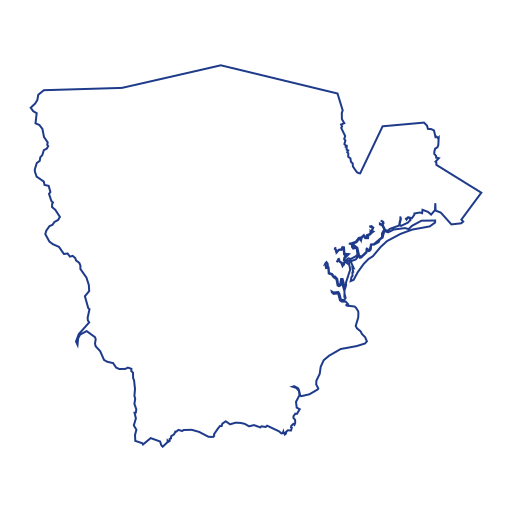 Tonosí, Los Santos, Panama
{"feature_id": "35544464B87180550672206", "entity_name": "Tonosí", "entity_type": "district", "adm_level": 2, "iso_a3": "PAN", "parent_name": "Panama", "parent_adm1": "Los Santos", "projection": "equal_earth", "projection_center": [-80.44, 7.396], "detail": "fine", "context": "isolated", "style": "outline", "palette": "blue", "viewbox_px": 512, "rotation_deg": 0, "n_neighbors": 0, "source": "geoboundaries", "source_scale": "gbopen_adm2", "svg_char_len": 6052}
<svg xmlns="http://www.w3.org/2000/svg" viewBox="0 0 512 512"><path d="M436.4,164.9L436.3,162.5L435.5,161.7L438.8,158.2L436.1,157.6L436.1,155.9L434.3,154.0L434.3,151.8L435.1,148.7L437.4,147.3L438.3,145.1L438.7,137.3L437.8,138.1L436.6,136.6L435.5,137.1L434.0,130.5L431.3,129.1L427.9,128.9L427.0,125.6L424.0,122.6L382.6,126.3L360.2,173.3L358.7,173.2L356.8,172.1L352.9,166.5L352.7,163.4L351.0,161.9L350.4,158.4L348.2,156.7L348.3,153.3L347.2,152.2L348.2,150.4L346.6,149.6L346.7,146.1L345.7,146.5L345.7,145.3L344.4,144.1L345.4,140.5L344.2,138.9L345.2,136.1L341.2,127.9L342.1,126.5L341.1,124.5L344.3,123.2L341.9,119.1L341.8,112.9L342.7,110.4L337.5,93.5L220.8,65.3L121.9,87.9L43.9,90.2L38.3,94.7L37.3,100.1L35.1,103.6L30.7,107.7L33.2,111.2L36.7,113.2L35.5,123.3L39.4,125.0L42.4,128.9L44.0,137.0L47.7,142.4L47.2,144.7L48.2,146.1L46.8,148.6L43.8,150.2L42.3,155.1L40.3,157.3L39.7,160.9L36.8,163.0L34.8,169.4L34.9,171.6L36.6,176.6L43.8,181.6L44.5,184.9L48.7,185.9L50.4,192.0L49.0,193.9L51.4,201.1L53.0,202.5L52.2,203.7L52.0,207.0L55.3,209.8L59.9,216.9L58.2,219.9L54.4,222.0L52.5,224.8L49.5,226.1L46.3,230.6L45.3,234.1L49.4,241.6L52.9,244.2L59.0,246.9L63.9,254.0L67.6,253.5L69.9,256.6L72.7,255.9L75.3,258.1L76.0,260.4L79.3,262.9L80.4,265.6L80.4,269.0L86.4,277.5L88.8,284.9L89.2,291.1L84.9,296.2L88.2,308.0L89.5,309.2L87.6,318.0L87.9,320.5L89.2,322.4L78.8,334.1L76.0,341.5L77.5,344.8L78.1,338.4L80.1,334.6L86.7,331.1L94.9,337.1L95.7,339.1L95.0,343.5L95.6,346.2L100.2,351.2L104.0,359.9L107.3,361.8L113.1,363.1L116.1,367.6L119.3,369.0L125.4,368.9L127.9,367.6L131.4,368.8L131.3,371.0L133.0,372.7L133.1,377.9L134.1,380.6L135.0,389.1L134.4,395.8L135.2,398.7L134.4,403.9L136.3,409.3L135.8,412.6L134.5,412.7L135.9,418.4L133.8,425.4L136.4,429.7L135.0,435.0L135.3,440.9L142.3,443.2L143.0,444.5L150.7,438.1L160.1,441.5L161.3,445.2L162.7,446.7L167.5,442.2L167.6,440.5L168.7,441.6L169.7,440.9L169.7,438.9L171.0,438.4L171.1,436.3L174.1,434.3L175.7,430.8L175.3,432.3L178.5,429.9L182.1,431.0L183.7,430.0L191.7,429.8L199.1,431.9L208.5,436.8L213.3,436.9L214.2,435.8L214.0,434.3L217.8,428.7L220.1,425.9L221.6,426.1L222.3,423.7L225.7,421.3L230.1,424.3L235.5,422.7L240.3,422.9L244.6,423.8L249.1,426.3L254.0,425.1L260.3,427.4L261.5,426.3L265.6,427.0L267.1,425.7L279.0,431.3L281.4,433.4L282.7,433.2L283.3,431.7L283.6,433.2L284.7,432.9L285.0,434.4L286.0,433.5L286.2,431.7L287.9,430.3L291.0,430.5L291.8,427.8L291.0,427.3L291.4,425.7L293.3,423.9L294.4,424.9L295.2,422.9L295.1,419.9L293.4,417.8L293.5,416.2L295.3,413.7L297.0,413.8L299.7,409.2L296.7,407.6L296.0,401.9L299.5,395.1L298.9,390.7L296.2,387.9L292.6,386.7L294.3,386.2L298.1,388.3L298.9,389.9L300.2,395.4L301.1,396.2L309.4,394.3L317.9,389.3L318.3,388.5L316.2,384.4L316.4,380.6L319.7,373.9L320.7,366.8L323.7,360.2L329.1,355.7L340.7,349.0L356.6,346.1L365.0,343.5L366.9,341.3L365.1,337.2L361.9,333.9L360.6,331.3L357.0,328.4L355.7,325.9L358.2,317.6L358.4,313.4L358.2,311.3L356.1,307.9L354.5,306.5L347.0,305.7L346.4,305.1L348.0,304.1L345.7,301.6L341.8,301.6L340.0,300.4L338.1,293.4L333.6,293.9L331.9,292.3L331.7,291.4L333.4,292.5L338.3,292.0L339.4,293.6L341.0,299.9L344.4,299.8L345.6,298.0L345.0,295.6L344.4,297.7L344.5,291.5L342.6,284.8L342.5,279.8L341.3,280.1L340.6,285.3L339.0,286.2L337.6,285.5L336.4,279.2L333.5,277.2L331.8,274.6L328.7,273.5L328.3,267.9L326.1,268.1L325.5,265.4L327.3,266.0L327.6,264.4L326.6,262.8L325.3,263.6L325.6,263.0L326.5,262.1L327.6,263.6L327.9,266.0L326.1,266.3L326.5,267.6L328.6,267.5L329.1,273.0L332.1,274.0L333.9,276.6L335.1,276.5L337.3,279.0L338.2,285.1L340.2,284.2L341.1,279.0L342.6,279.0L345.1,288.4L346.1,285.2L346.0,282.5L350.2,269.6L349.3,264.9L345.7,262.0L344.6,262.1L344.0,264.6L342.5,266.1L341.2,262.7L339.4,261.6L338.8,259.5L336.7,262.2L338.4,259.0L339.1,259.2L339.6,261.5L341.8,262.6L342.7,265.6L344.5,261.6L346.1,261.6L347.9,263.6L349.0,263.4L350.0,260.7L345.9,261.1L343.9,260.1L344.3,257.6L346.3,254.9L345.0,255.4L344.0,254.3L343.7,247.5L342.4,247.8L341.7,249.9L339.0,249.9L336.6,252.6L335.9,251.6L336.3,250.5L334.8,249.0L335.6,247.2L335.2,249.0L336.7,250.5L336.7,252.3L339.0,249.6L341.3,249.4L342.4,247.1L344.0,247.4L344.5,253.7L348.8,254.1L344.6,258.4L344.3,259.6L345.4,260.6L348.5,258.3L350.6,259.0L355.8,256.3L357.5,254.5L356.5,247.7L353.2,248.6L352.1,247.2L351.7,244.1L348.9,243.7L351.6,243.3L352.8,247.7L354.0,247.9L354.8,246.5L352.8,244.8L352.5,242.9L355.8,241.7L358.7,237.9L359.9,237.6L360.9,239.8L361.1,237.6L363.8,235.1L365.3,237.7L367.5,237.8L367.8,237.1L366.7,236.7L366.9,235.1L370.5,233.7L370.3,232.0L370.6,231.3L371.6,232.3L372.8,231.4L371.8,231.7L371.5,231.0L372.9,227.6L369.4,226.5L371.5,226.1L373.3,227.6L371.9,231.1L373.3,231.6L371.6,232.9L370.7,231.8L370.9,233.5L370.3,234.4L367.1,235.8L368.2,236.6L368.0,238.2L365.2,238.2L363.6,235.8L361.7,237.8L361.0,240.6L359.2,238.6L356.6,242.2L353.2,243.6L353.2,244.5L357.4,247.8L359.1,255.5L361.2,256.7L366.4,251.9L366.5,249.1L367.5,248.8L368.4,250.5L369.6,250.3L371.0,244.4L373.8,244.2L382.0,237.2L382.0,233.4L384.3,229.4L382.2,225.4L379.9,224.4L379.9,223.6L381.4,224.4L383.1,223.2L382.8,221.8L380.7,220.5L383.3,221.9L383.5,223.4L382.6,224.7L385.1,229.8L387.5,230.8L390.0,228.8L399.0,225.6L400.5,218.6L400.2,216.5L400.9,218.8L399.5,224.6L401.0,225.9L407.8,222.7L410.5,220.0L409.2,217.7L407.8,217.8L406.5,219.6L405.4,218.0L406.5,219.0L408.1,217.2L411.9,218.2L414.3,214.8L414.4,213.5L419.9,212.5L422.1,213.2L422.5,209.8L428.0,211.9L431.1,214.6L435.0,210.1L435.3,203.2L435.6,210.6L440.8,212.6L451.4,224.4L461.2,223.3L463.2,221.6L461.4,219.6L481.3,192.7L436.4,164.9ZM435.1,220.5L421.5,220.7L412.0,225.8L408.6,229.1L405.0,228.1L393.9,229.5L388.2,232.3L384.3,231.1L382.6,237.7L380.0,239.4L378.6,242.1L373.9,244.7L371.2,244.6L370.8,249.4L369.5,250.9L368.5,251.1L366.9,249.3L366.5,252.5L361.1,257.6L359.9,257.8L358.7,255.9L355.7,259.5L351.4,261.0L351.1,262.4L353.6,268.0L352.4,267.6L353.2,272.0L352.4,272.4L352.5,275.9L351.5,277.0L350.7,281.1L353.6,279.9L357.8,272.1L363.7,263.9L368.4,259.1L372.9,256.2L380.6,247.0L387.0,241.1L400.5,233.9L412.2,229.6L429.8,226.4L435.1,222.5L435.1,220.5Z" fill="none" stroke="#1e3a8a" stroke-width="2"/></svg>